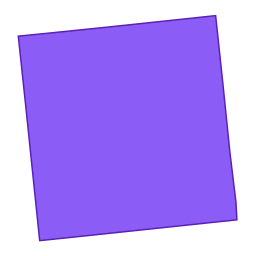 the district of Neosho, Kansas, United States of America, rotated 84°
{"feature_id": "52423323B71626623593789", "entity_name": "Neosho", "entity_type": "district", "adm_level": 2, "iso_a3": "USA", "parent_name": "United States of America", "parent_adm1": "Kansas", "projection": "robinson", "projection_center": [-95.334, 37.559], "detail": "fine", "context": "isolated", "style": "filled", "palette": "violet", "viewbox_px": 256, "rotation_deg": 84, "n_neighbors": 0, "source": "geoboundaries", "source_scale": "gbopen_adm2", "svg_char_len": 300}
<svg xmlns="http://www.w3.org/2000/svg" viewBox="0 0 256 256"><g transform="rotate(84 128 128)"><path d="M25.4,29.1L25.5,153.1L25.2,227.5L27.3,227.5L94.0,227.4L230.8,227.6L230.7,62.2L230.7,29.3L213.3,28.4L162.2,29.2L94.2,29.0L25.4,29.1Z" fill="#8b5cf6" stroke="#5b21b6" stroke-width="1.5"/></g></svg>